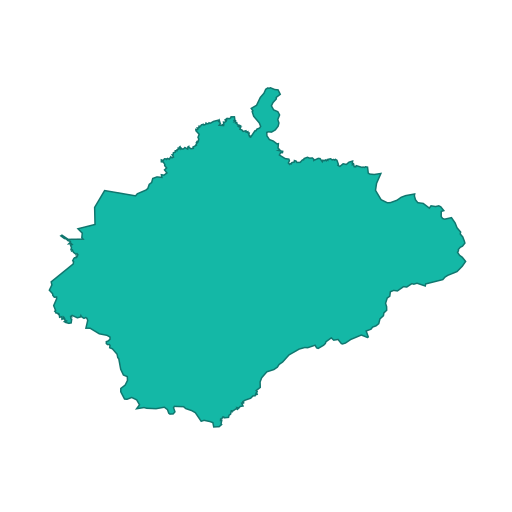 West Akim, Eastern, Ghana, rotated 264°
{"feature_id": "2480657B57614018833162", "entity_name": "West Akim", "entity_type": "district", "adm_level": 2, "iso_a3": "GHA", "parent_name": "Ghana", "parent_adm1": "Eastern", "projection": "robinson", "projection_center": [-0.668, 5.908], "detail": "fine", "context": "isolated", "style": "filled", "palette": "teal", "viewbox_px": 512, "rotation_deg": 264, "n_neighbors": 0, "source": "geoboundaries", "source_scale": "gbopen_adm2", "svg_char_len": 6067}
<svg xmlns="http://www.w3.org/2000/svg" viewBox="0 0 512 512"><g transform="rotate(264 256 256)"><path d="M228.7,463.9L233.2,461.0L235.4,458.5L238.7,456.8L240.0,457.9L241.3,457.9L243.3,460.0L244.2,462.4L247.0,465.1L249.2,464.7L253.4,463.6L256.6,461.4L258.4,462.0L263.2,458.8L268.0,457.5L273.7,454.4L272.9,447.4L273.8,445.5L275.9,444.3L281.0,444.9L281.5,447.5L285.6,444.9L286.8,443.0L286.4,439.8L287.6,435.3L285.5,433.4L290.8,427.8L292.1,422.5L295.2,420.5L299.2,419.8L301.1,420.3L300.4,411.1L299.2,406.5L296.7,402.0L295.0,395.2L295.2,392.2L298.9,386.3L308.8,381.7L315.7,383.5L325.0,388.8L324.7,382.1L325.6,377.6L326.7,376.3L332.7,376.2L333.3,374.1L332.7,373.2L333.3,371.7L333.0,370.8L335.4,365.1L334.3,364.5L334.5,363.0L336.7,362.7L336.7,361.6L337.7,362.3L337.9,361.4L340.3,362.0L339.6,358.3L337.6,355.4L338.6,352.3L336.3,348.8L337.7,346.9L338.5,347.5L342.7,346.5L343.8,345.1L343.1,344.3L343.9,343.3L343.6,341.8L344.9,340.4L344.5,337.1L343.7,337.3L344.0,336.5L343.3,335.8L344.3,335.0L343.6,333.7L344.3,332.6L342.8,331.8L346.2,329.9L346.6,328.1L345.0,323.5L346.0,323.7L347.6,322.3L347.7,319.5L348.8,317.5L347.9,314.0L346.7,313.4L346.7,312.2L344.5,309.7L344.8,306.4L346.2,305.8L346.9,304.2L345.5,303.9L345.1,301.4L343.9,300.6L344.3,299.8L343.6,299.0L345.1,297.9L347.3,299.2L348.9,298.8L349.8,295.2L354.0,289.8L356.1,291.2L356.0,293.1L357.3,293.5L358.6,289.4L358.9,290.8L361.1,289.2L365.4,290.0L365.3,288.6L368.5,285.2L370.4,281.5L374.4,279.4L377.8,279.6L378.2,281.4L377.6,284.4L379.4,288.4L382.8,291.6L385.9,292.7L389.4,291.9L393.8,294.2L397.2,292.8L399.5,288.8L403.7,287.0L406.8,288.9L410.1,292.6L411.6,292.7L414.3,297.0L418.9,295.3L419.6,292.0L421.8,287.9L421.4,286.5L421.9,285.3L420.8,283.1L417.0,280.9L413.3,276.9L405.8,272.3L403.3,266.7L400.7,268.1L400.0,267.3L395.2,268.3L388.0,273.2L384.4,274.2L382.9,273.0L382.1,270.2L380.5,268.9L380.6,268.0L374.7,263.1L375.4,262.0L376.4,262.4L377.2,261.4L379.0,262.1L379.5,260.7L380.5,260.9L380.2,259.2L381.6,259.1L381.2,256.2L382.7,255.3L383.8,253.2L385.3,254.1L386.4,252.4L386.8,254.4L387.7,253.3L387.6,251.4L388.0,252.4L388.6,251.1L390.6,250.8L390.5,249.6L392.2,249.8L392.0,248.6L392.9,249.4L393.3,248.5L393.8,249.2L396.7,249.1L397.0,245.7L395.9,245.2L395.4,243.8L395.9,241.6L394.8,239.9L394.4,241.0L393.3,240.4L393.8,239.8L392.9,239.9L392.1,238.5L392.5,237.7L389.9,237.7L390.1,236.5L389.2,236.9L389.9,233.0L391.3,234.3L394.1,233.8L393.3,233.5L393.7,232.8L395.1,233.2L394.3,227.8L392.8,224.4L393.4,223.2L392.7,222.8L392.6,221.1L393.4,220.2L392.2,219.7L391.7,217.9L392.5,217.5L392.1,215.4L391.0,214.5L391.0,212.8L389.8,213.2L389.5,211.7L388.9,212.4L389.3,211.1L388.3,211.5L387.8,210.9L388.2,209.4L386.8,209.4L383.0,212.2L380.1,210.7L378.3,211.3L375.9,210.4L376.2,209.5L375.2,208.7L374.8,209.5L373.3,208.0L372.4,208.3L370.9,204.7L369.6,204.9L369.5,202.5L371.1,200.6L372.0,200.6L371.6,199.7L369.5,199.2L371.3,196.6L370.1,195.2L370.1,193.7L371.0,193.0L370.4,192.5L372.7,191.9L372.0,190.9L370.7,191.1L371.1,189.9L370.4,190.1L369.7,188.3L369.0,188.4L369.1,186.7L367.8,186.6L367.3,184.6L365.1,184.1L365.3,183.3L363.0,184.3L362.4,182.7L363.6,181.6L361.3,179.9L362.3,178.3L361.4,177.0L362.0,176.7L362.2,175.1L360.7,173.7L361.5,171.9L359.6,171.7L359.1,173.7L356.5,174.9L355.4,174.6L352.9,176.3L351.2,174.0L347.9,176.1L346.0,172.9L346.7,170.4L344.0,170.6L345.0,165.8L343.9,161.4L340.0,159.9L338.4,157.3L334.5,155.5L333.1,153.5L330.3,144.5L328.4,142.5L336.9,112.3L321.2,100.6L304.2,99.2L301.7,81.8L296.9,85.6L292.5,84.7L290.8,85.8L292.2,70.9L297.0,65.2L296.4,64.0L293.4,67.3L292.8,69.1L290.9,70.6L290.0,72.8L289.3,73.1L287.7,71.1L287.6,73.6L286.6,74.4L286.1,72.7L283.6,73.4L281.6,72.6L281.3,73.9L280.4,73.5L280.6,74.1L278.7,74.9L276.5,77.2L277.1,78.2L276.0,79.0L274.1,78.1L274.7,77.3L273.2,77.0L273.2,75.3L272.2,74.3L270.4,73.2L269.6,74.0L267.2,73.4L251.7,49.6L248.6,50.0L243.6,46.9L239.7,49.8L238.2,49.8L236.1,51.1L236.0,53.4L234.2,53.2L227.8,49.6L222.8,51.0L222.1,50.1L220.7,51.2L220.6,50.4L219.3,53.8L218.5,53.4L218.1,54.2L215.6,54.3L216.0,56.6L213.4,56.4L213.8,57.8L215.2,58.4L213.9,59.2L213.0,58.8L211.9,59.9L211.1,58.9L211.1,59.9L210.7,59.3L210.2,60.4L209.8,59.8L208.6,62.8L208.8,65.2L212.4,66.1L213.0,65.3L215.0,65.3L214.8,66.3L215.8,66.1L216.2,66.9L213.2,71.9L213.7,75.0L215.0,75.6L213.9,76.0L212.0,78.4L212.6,80.3L211.6,81.4L209.5,81.9L202.0,79.3L201.5,83.5L195.0,92.0L192.7,99.5L190.7,102.3L188.5,102.2L186.8,99.8L186.5,98.2L184.6,98.0L183.4,99.1L183.3,100.9L182.3,101.5L180.1,100.9L178.7,103.5L172.8,107.6L169.4,107.9L168.1,108.8L157.5,109.6L151.5,111.7L149.5,115.4L145.7,115.2L141.3,112.4L138.4,107.7L135.1,107.3L127.5,110.3L127.0,112.7L128.3,117.6L125.4,122.3L120.2,124.6L116.6,121.3L117.0,128.8L116.0,131.4L114.6,140.6L115.2,149.0L112.5,151.9L108.8,152.8L107.8,153.8L107.6,157.1L109.5,159.1L113.7,158.1L115.0,159.1L113.7,168.2L111.6,170.2L108.9,176.0L106.5,179.3L97.4,184.2L98.0,187.2L96.2,192.8L94.8,195.7L90.4,196.1L90.2,200.1L90.1,201.5L92.0,204.2L92.8,203.7L95.9,204.7L96.0,203.5L97.6,203.8L97.5,204.8L99.4,206.2L99.3,207.1L98.4,207.4L98.4,211.8L100.4,212.5L101.4,214.2L104.4,215.2L103.9,215.9L104.5,215.9L104.3,216.8L106.3,220.5L105.4,221.4L106.0,222.2L107.2,221.4L106.8,223.4L108.0,224.4L108.2,227.4L111.1,226.4L111.1,228.9L111.8,227.5L112.5,227.6L113.8,230.2L115.1,235.8L117.2,238.4L117.1,240.5L118.9,241.4L118.1,241.6L118.3,242.7L120.0,242.3L121.0,243.0L122.1,242.1L124.9,246.5L130.3,246.9L134.3,248.9L139.7,254.7L141.2,261.9L143.2,265.6L145.7,267.6L147.8,271.4L154.2,278.5L158.9,289.1L159.9,294.9L159.4,297.8L161.1,305.4L158.3,306.7L157.6,308.2L160.2,313.9L161.7,315.8L163.4,316.6L166.7,322.3L164.2,324.5L164.4,328.9L160.0,331.7L159.5,332.8L160.1,335.9L163.1,341.5L166.4,352.5L163.3,358.4L163.8,359.2L169.9,357.7L171.2,362.7L173.1,364.5L174.0,368.1L175.9,371.0L180.5,372.7L183.3,376.5L186.0,377.2L188.4,380.3L191.9,380.6L195.4,379.9L200.5,382.1L202.0,384.8L206.4,385.9L207.4,389.3L206.5,393.0L210.1,399.5L209.4,402.7L212.2,408.1L211.5,410.0L212.1,413.3L208.5,421.2L210.5,421.8L213.0,439.3L215.3,441.8L216.8,444.9L219.5,454.3L224.3,460.1L228.7,463.9Z" fill="#14b8a6" stroke="#0f766e" stroke-width="1.5"/></g></svg>